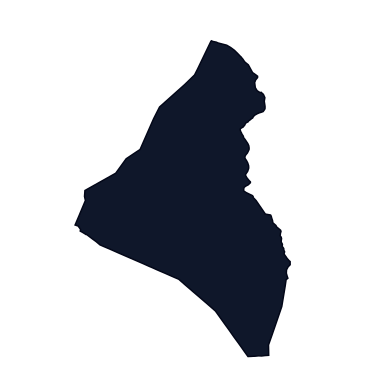 the district of Yogana, Oaxaca, Mexico, rotated 100°
{"feature_id": "50627088B88904238458038", "entity_name": "Yogana", "entity_type": "district", "adm_level": 2, "iso_a3": "MEX", "parent_name": "Mexico", "parent_adm1": "Oaxaca", "projection": "robinson", "projection_center": [-96.801, 16.439], "detail": "fine", "context": "isolated", "style": "filled", "palette": "ink", "viewbox_px": 384, "rotation_deg": 100, "n_neighbors": 0, "source": "geoboundaries", "source_scale": "gbopen_adm2", "svg_char_len": 2918}
<svg xmlns="http://www.w3.org/2000/svg" viewBox="0 0 384 384"><g transform="rotate(100 192 192)"><path d="M339.5,88.1L333.9,89.2L329.3,90.1L319.1,88.4L303.3,85.9L289.2,83.7L268.3,83.9L262.0,84.1L260.3,82.6L258.3,83.7L255.6,85.0L252.2,85.4L248.9,84.3L246.6,82.7L243.4,83.3L242.9,84.3L240.8,86.9L239.3,88.3L238.4,89.3L237.1,90.5L236.5,90.6L235.7,90.5L234.9,90.4L234.4,90.6L233.6,91.3L233.3,91.5L232.1,91.7L231.7,91.9L231.2,92.3L230.0,93.6L229.5,93.8L228.3,93.8L228.1,93.8L227.6,94.0L226.9,94.5L226.0,95.3L225.6,95.5L223.8,95.7L222.4,95.7L221.2,96.2L220.9,96.4L219.9,97.5L219.5,97.7L218.9,97.6L217.9,97.7L217.0,97.7L215.5,97.5L215.1,97.6L214.2,98.2L211.6,102.7L210.4,103.5L208.4,106.8L208.1,107.1L206.2,107.7L203.6,109.1L202.2,109.7L201.1,110.5L201.0,110.8L201.0,116.0L200.9,116.0L199.1,117.8L195.6,121.2L193.6,123.2L189.4,127.3L186.7,130.9L185.8,131.0L185.1,131.8L183.1,138.7L182.0,141.1L181.4,141.4L179.4,141.6L178.3,141.4L176.8,140.0L176.1,139.1L175.2,137.9L172.7,136.1L171.8,136.3L170.9,137.7L168.3,140.6L166.4,142.1L165.1,142.2L162.1,140.8L159.0,140.3L158.0,140.4L156.3,140.8L153.8,142.1L151.7,143.7L149.8,145.5L148.6,146.0L147.4,145.9L146.2,145.5L143.9,144.2L140.7,143.3L139.9,143.2L138.4,143.5L136.6,144.1L134.8,145.3L131.3,148.6L129.3,150.8L128.4,151.0L127.7,151.5L126.4,152.8L125.3,153.5L124.2,154.4L122.4,155.4L121.4,155.4L120.1,154.2L119.3,153.0L118.3,152.7L117.6,151.9L115.8,151.4L114.6,150.9L113.1,148.9L112.4,148.8L111.0,147.4L109.1,145.8L108.7,145.2L107.2,144.7L105.6,143.7L103.8,141.6L102.5,139.7L101.2,137.2L100.4,135.9L98.1,134.8L97.1,134.6L95.2,134.9L93.9,135.3L90.1,136.6L86.5,136.6L83.8,138.4L83.8,138.8L83.1,139.1L82.9,139.4L82.2,140.7L81.8,141.2L82.3,142.2L80.9,145.5L78.2,147.8L73.3,149.3L70.6,148.8L67.9,147.3L66.6,147.5L65.7,149.2L64.6,151.5L63.9,153.1L57.0,158.6L55.0,162.2L54.3,163.1L52.3,165.0L50.9,166.7L50.5,167.0L50.4,167.3L50.0,167.9L48.1,170.5L45.1,174.8L43.0,179.0L41.4,183.3L40.7,192.2L40.2,194.1L40.1,197.8L39.7,199.0L40.2,199.5L40.5,199.6L69.7,207.8L76.3,209.8L87.4,217.8L113.9,238.7L126.4,242.5L159.1,250.5L160.3,251.7L161.2,252.7L170.7,262.6L186.6,270.3L187.0,270.7L209.1,297.7L215.0,297.1L218.9,295.5L227.3,297.4L231.7,298.4L234.0,298.9L244.8,301.4L245.3,298.2L246.1,297.4L248.1,295.3L249.9,295.3L250.7,292.9L252.1,289.4L252.3,289.0L252.2,288.3L255.6,281.7L257.5,277.8L259.3,274.7L260.0,273.6L261.1,269.1L262.4,263.4L265.0,252.9L269.4,234.5L271.0,227.8L272.4,222.3L272.8,220.7L273.1,219.2L273.8,216.4L274.5,213.7L275.4,210.0L276.7,204.4L277.6,200.8L279.4,193.4L280.2,189.9L280.5,189.4L281.5,187.8L284.6,182.7L287.2,178.3L290.2,173.3L293.5,167.7L301.6,154.1L305.2,148.2L309.6,143.7L315.9,137.3L318.5,134.6L321.0,132.0L325.2,127.8L327.8,125.2L331.7,121.1L336.3,116.4L338.8,113.9L340.2,112.5L344.3,108.3L344.2,107.8L344.0,106.9L343.6,105.1L343.2,103.5L342.8,101.6L342.0,98.7L341.8,98.1L341.4,95.0L340.4,91.7L339.5,88.1Z" fill="#0f172a" stroke="#020617" stroke-width="1.5"/></g></svg>